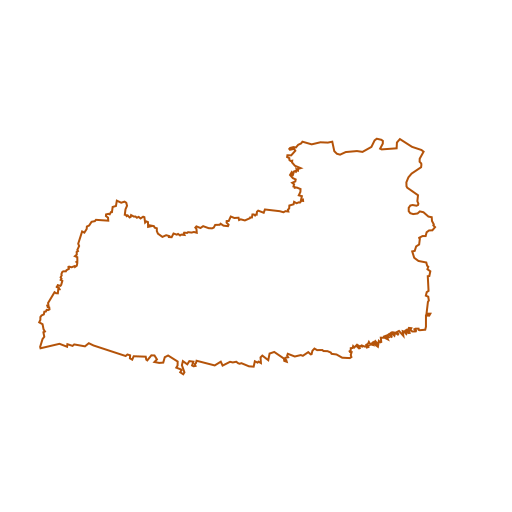 Comilla, Chittagong, Bangladesh (Robinson projection), rotated 109°
{"feature_id": "16705992B59490572634285", "entity_name": "Comilla", "entity_type": "district", "adm_level": 2, "iso_a3": "BGD", "parent_name": "Bangladesh", "parent_adm1": "Chittagong", "projection": "robinson", "projection_center": [90.953, 23.422], "detail": "fine", "context": "isolated", "style": "outline", "palette": "amber", "viewbox_px": 512, "rotation_deg": 109, "n_neighbors": 0, "source": "geoboundaries", "source_scale": "gbopen_adm2", "svg_char_len": 6114}
<svg xmlns="http://www.w3.org/2000/svg" viewBox="0 0 512 512"><g transform="rotate(109 256 256)"><path d="M145.8,122.6L142.2,135.2L141.1,136.4L137.4,137.8L132.0,137.5L127.4,135.7L118.3,128.8L116.0,129.3L114.7,129.9L113.6,132.0L110.7,132.9L102.8,131.5L101.9,134.1L102.0,144.0L98.6,158.0L102.8,159.7L108.4,158.1L114.3,171.9L114.1,173.6L108.5,172.7L105.9,173.5L105.3,175.3L105.8,180.0L108.1,181.5L115.3,182.4L122.9,189.2L123.9,194.7L128.5,205.0L132.8,209.5L133.0,212.8L131.4,216.1L123.1,221.1L125.4,225.0L127.5,232.1L132.3,239.7L132.8,249.3L134.9,250.0L137.1,252.3L140.4,253.6L140.8,256.0L142.7,258.9L143.9,259.4L144.5,258.5L142.3,254.9L143.7,253.1L149.4,255.5L150.5,259.1L152.3,258.8L152.6,256.4L154.3,255.7L154.9,254.2L154.1,252.8L155.8,252.4L158.0,248.6L158.4,242.4L160.0,244.6L161.3,244.2L160.8,245.9L162.1,245.1L163.4,245.6L162.9,246.6L163.7,247.6L167.6,247.5L167.7,248.4L165.6,248.4L165.0,249.5L168.3,250.2L170.4,246.5L170.7,243.4L172.7,243.1L175.0,245.6L175.8,243.3L178.1,243.2L178.1,242.0L178.9,241.6L178.0,239.8L178.2,235.7L180.9,234.9L184.7,235.3L184.5,232.1L188.3,231.7L187.3,230.0L188.6,229.4L188.9,230.9L191.2,231.9L191.3,233.0L192.9,234.8L192.4,237.6L194.9,237.3L197.4,240.9L200.3,240.1L201.8,240.9L203.4,239.9L204.0,242.7L205.7,244.3L205.9,248.1L209.1,262.7L212.6,262.8L212.4,268.7L213.9,269.5L216.7,268.8L217.0,269.8L218.0,270.1L217.4,271.6L217.9,272.9L220.9,272.4L221.5,274.1L222.3,274.1L226.0,278.1L226.3,282.4L227.5,283.7L225.5,285.0L227.1,288.8L226.9,292.7L231.8,293.2L232.5,295.1L234.0,294.7L235.4,292.1L236.9,292.2L237.9,296.6L237.0,300.0L238.3,300.5L239.9,304.7L242.9,305.2L244.2,306.6L245.1,309.8L245.0,315.7L247.6,317.6L247.4,322.0L248.9,322.6L249.8,321.1L253.3,319.6L253.5,322.5L254.8,324.5L255.6,328.0L256.6,328.6L257.3,331.5L258.1,331.7L259.4,330.5L260.1,333.6L261.3,334.5L260.5,336.9L261.6,337.8L261.6,341.3L265.7,341.9L266.4,344.4L265.4,344.5L265.6,347.7L268.4,350.7L266.8,356.0L264.7,357.9L262.1,358.8L262.2,361.0L261.0,362.3L261.7,367.2L262.7,367.3L262.8,366.2L263.6,367.5L259.1,369.2L259.0,370.9L260.5,371.7L255.6,374.2L255.6,375.5L258.1,377.4L257.2,379.7L258.6,381.1L257.9,382.8L258.5,384.3L258.0,387.4L259.8,387.2L260.7,388.0L259.4,390.6L260.4,391.3L259.5,392.5L259.7,393.5L254.3,394.6L250.5,394.3L247.9,396.0L247.4,398.0L249.5,400.8L249.0,405.6L254.3,404.7L256.3,407.5L261.4,406.5L261.8,407.5L264.2,407.9L264.2,409.3L265.5,411.3L267.1,410.9L267.9,408.4L270.7,407.2L273.9,419.1L275.5,419.7L277.2,422.6L281.5,423.7L283.2,425.5L285.6,424.9L289.8,425.9L289.4,428.4L302.3,428.1L304.1,426.5L308.4,426.9L309.3,425.9L310.6,426.9L313.0,425.9L315.1,427.1L315.3,424.6L319.1,423.2L320.1,423.9L320.6,422.7L323.5,422.3L325.3,423.6L324.6,424.2L326.7,426.7L326.9,429.3L327.5,429.8L329.0,428.7L331.2,430.6L332.4,430.8L333.3,433.3L334.3,434.0L336.5,434.1L337.6,433.4L339.8,433.8L340.8,432.5L342.2,432.9L342.6,431.0L346.8,430.8L347.9,431.2L348.1,433.9L349.7,433.9L350.2,435.1L350.3,432.0L351.4,430.9L352.0,432.1L355.8,431.2L356.3,433.0L355.8,434.7L368.1,437.3L370.4,436.1L370.9,437.2L372.2,436.2L372.0,434.7L373.7,433.9L374.8,434.9L375.1,436.4L376.9,436.6L377.6,438.0L380.3,437.6L382.0,439.4L383.9,440.0L386.6,439.1L389.3,439.4L390.0,435.6L394.5,433.0L396.1,431.0L397.3,432.2L401.3,429.9L404.0,430.8L412.2,430.5L413.4,429.7L403.0,413.2L403.3,405.1L400.8,405.6L400.7,400.2L398.8,399.1L397.1,388.3L392.9,385.7L393.5,380.5L393.0,346.7L391.0,345.5L390.9,342.7L393.8,341.9L394.3,339.3L390.6,339.0L387.1,327.5L389.7,326.0L390.1,324.8L384.0,322.6L383.1,319.6L386.0,316.0L389.3,317.5L388.6,312.7L387.0,309.0L381.4,309.3L378.7,306.7L381.3,295.7L385.1,294.5L387.5,295.0L387.7,289.9L388.3,289.3L390.6,289.8L391.5,286.3L389.3,285.8L383.4,290.5L379.2,290.9L380.8,285.7L377.1,284.8L376.3,280.8L380.3,280.8L380.6,279.1L379.6,277.4L378.1,278.7L376.7,277.9L374.4,278.1L372.9,259.4L367.4,254.9L370.5,251.9L364.5,246.1L364.2,243.3L362.4,240.2L363.2,238.0L363.2,236.4L362.1,234.9L362.6,226.7L361.4,222.2L355.9,222.8L356.3,219.8L355.1,219.3L355.6,216.5L350.4,218.7L348.1,217.6L350.5,210.5L343.8,211.4L340.8,207.5L343.9,196.2L346.0,195.1L346.0,192.5L344.6,193.5L344.9,194.5L343.6,195.0L342.7,195.1L341.3,192.7L340.1,194.1L338.1,194.1L338.4,186.6L335.1,181.4L335.1,179.2L329.9,175.3L331.2,172.2L330.7,171.5L327.2,171.8L324.5,170.6L325.1,167.6L323.3,162.6L323.9,161.3L322.7,157.4L322.9,153.9L323.9,152.7L322.9,147.8L324.1,141.4L322.0,134.1L320.5,132.9L318.7,134.2L315.8,134.3L316.2,135.8L315.6,136.5L314.5,135.7L312.3,136.4L311.5,134.7L309.6,134.8L310.5,133.3L307.0,131.6L307.2,131.0L308.4,131.6L309.8,128.5L309.3,127.9L307.5,129.3L307.7,128.3L306.9,127.7L307.2,125.3L306.1,127.7L306.3,123.9L305.4,122.8L306.5,121.5L305.7,120.4L305.3,121.1L304.5,120.5L304.9,122.1L304.0,122.8L302.6,121.5L300.5,121.3L302.3,119.2L302.1,117.0L301.4,118.3L299.3,117.1L299.8,116.4L301.2,116.6L301.7,115.7L300.0,114.3L299.0,115.9L297.6,115.5L298.6,113.7L301.4,113.4L302.1,111.2L296.3,112.2L297.1,110.3L296.5,109.6L292.6,111.4L291.6,108.3L290.5,108.8L289.4,107.5L291.5,107.1L291.9,104.2L290.6,105.4L289.6,104.0L289.2,104.7L289.8,105.7L289.2,106.6L286.7,104.9L288.8,100.9L287.4,102.2L286.1,102.2L285.6,103.9L284.3,103.1L283.8,102.1L285.2,101.5L286.3,99.2L284.9,99.3L283.5,101.0L283.2,99.4L284.1,96.3L283.4,96.1L282.1,98.1L280.3,96.4L283.5,90.7L279.3,92.8L279.3,91.4L280.8,88.5L278.9,88.3L277.7,90.3L276.7,89.5L279.1,86.5L278.7,85.7L275.4,88.1L274.2,88.0L273.7,85.7L275.7,85.9L276.5,83.7L275.3,80.4L274.6,80.3L273.6,82.3L272.8,81.5L271.8,78.6L272.9,77.9L272.9,77.1L270.6,72.0L267.5,72.3L257.0,75.9L256.0,72.8L253.8,72.4L255.0,76.0L243.4,78.5L241.8,78.1L238.4,79.9L238.2,82.5L234.6,82.8L232.8,81.5L219.2,87.0L218.5,85.6L213.7,86.2L212.7,89.6L210.1,89.6L209.5,91.0L206.7,92.9L207.8,100.8L206.6,104.6L206.1,105.9L200.8,109.8L199.5,107.6L194.8,107.7L192.0,105.5L186.3,106.7L185.8,107.0L186.2,108.2L182.9,105.0L181.9,102.1L178.0,102.4L175.5,100.7L174.3,97.6L170.4,96.1L169.3,98.3L168.2,98.2L165.6,101.0L162.1,102.5L162.6,105.8L160.1,111.9L160.5,115.6L163.2,117.1L165.2,121.0L165.3,124.1L163.9,126.2L160.7,127.3L158.0,126.5L156.8,124.5L156.2,120.6L155.0,119.4L153.7,119.5L151.6,121.3L145.8,122.6Z" fill="none" stroke="#b45309" stroke-width="2"/></g></svg>